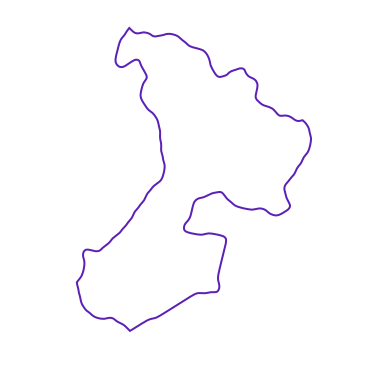 outline of Neyba, Bahoruco, Dominican Republic, rotated 13°
{"feature_id": "3306468B5748672743725", "entity_name": "Neyba", "entity_type": "district", "adm_level": 2, "iso_a3": "DOM", "parent_name": "Dominican Republic", "parent_adm1": "Bahoruco", "projection": "orthographic", "projection_center": [-71.416, 18.522], "detail": "fine", "context": "isolated", "style": "outline", "palette": "violet", "viewbox_px": 384, "rotation_deg": 13, "n_neighbors": 0, "source": "geoboundaries", "source_scale": "gbopen_adm2", "svg_char_len": 4667}
<svg xmlns="http://www.w3.org/2000/svg" viewBox="0 0 384 384"><g transform="rotate(13 192 192)"><path d="M283.6,97.2L280.9,98.5L279.2,99.0L278.3,99.0L276.6,98.8L275.0,98.2L271.9,96.9L269.2,96.3L267.4,96.3L265.6,96.5L261.8,97.7L260.4,97.9L259.5,97.7L258.0,97.0L253.5,93.7L251.8,92.8L250.9,92.5L248.1,91.9L242.4,91.4L240.5,90.9L239.7,90.6L238.1,89.8L234.6,87.7L233.4,86.5L232.9,85.7L232.6,84.9L232.3,83.0L232.2,75.9L231.9,73.9L231.7,72.9L231.4,72.0L230.4,70.5L229.2,69.2L228.4,68.7L226.8,67.9L222.4,66.9L220.7,66.3L220.0,65.8L218.1,64.3L215.8,61.3L215.2,60.8L214.5,60.5L213.7,60.3L212.1,60.4L210.6,60.9L203.2,65.4L201.4,67.2L199.7,69.8L198.5,70.9L195.1,72.9L193.7,73.5L193.0,73.7L192.1,73.7L191.3,73.6L189.7,72.9L188.3,71.8L186.2,69.8L184.2,67.6L182.3,65.3L181.3,63.7L179.3,59.4L177.7,57.0L176.4,55.4L175.0,54.0L173.4,52.8L172.6,52.3L170.8,51.5L168.9,51.2L166.9,51.0L160.1,50.8L157.2,50.4L155.5,49.8L151.6,47.6L148.3,46.1L144.4,44.0L143.6,43.6L141.8,43.1L139.9,42.8L136.9,42.7L135.0,42.9L133.1,43.3L131.4,43.9L128.3,45.7L126.7,46.4L121.3,48.7L119.8,48.9L118.4,48.7L116.2,47.8L114.6,47.3L112.8,47.1L110.9,47.1L109.1,47.3L108.2,47.6L105.2,49.0L103.6,49.6L102.7,49.8L100.9,49.8L100.0,49.6L98.4,48.9L94.0,46.3L92.4,49.8L90.9,54.2L88.9,58.1L88.3,59.9L88.1,60.9L87.8,63.0L87.6,66.2L87.4,76.1L87.5,78.2L87.7,80.3L88.3,82.3L88.7,83.1L89.8,84.5L91.2,85.5L92.0,85.9L92.9,86.2L93.7,86.3L95.1,86.2L95.7,86.0L97.3,85.2L98.7,84.0L104.3,78.1L106.3,76.4L107.8,75.6L108.4,75.5L109.8,75.5L111.0,76.0L111.5,76.5L113.3,79.2L114.3,80.6L119.8,86.7L120.9,88.0L121.8,89.4L122.2,91.0L121.9,92.5L120.5,96.1L120.1,97.8L119.8,100.6L119.7,104.3L119.8,107.1L120.0,108.9L120.6,110.7L121.4,112.3L123.1,114.5L125.1,116.5L127.8,119.1L129.9,120.9L131.4,121.9L135.6,123.8L137.8,125.3L140.6,127.9L141.8,129.3L142.8,130.7L147.1,139.6L147.6,141.4L148.6,146.0L149.2,147.7L151.0,151.7L151.5,153.5L152.3,157.2L152.8,159.0L155.3,163.7L156.7,167.1L158.4,170.2L159.2,171.8L159.9,174.6L160.2,178.5L160.0,183.4L159.7,185.4L159.1,187.2L158.7,188.1L157.6,189.7L154.4,193.5L153.2,195.1L152.3,196.7L151.2,199.2L149.1,203.1L148.5,204.8L147.5,209.4L147.0,211.2L144.6,215.9L143.2,219.3L140.8,223.9L140.3,225.7L139.5,229.4L139.0,231.2L136.6,235.9L135.2,239.3L132.6,243.9L131.5,246.4L130.6,248.1L125.1,255.1L123.1,259.3L122.0,261.0L117.7,266.3L115.8,269.2L114.6,270.3L113.1,271.0L111.4,271.4L105.0,271.4L103.3,271.6L101.7,272.1L101.0,272.7L100.5,273.4L100.1,274.1L99.9,275.0L99.8,275.8L99.9,277.6L100.4,279.3L102.4,283.1L103.0,284.8L103.6,287.6L103.9,292.6L103.7,295.6L103.3,298.4L102.7,300.2L100.1,305.9L101.0,308.2L103.0,312.0L104.4,315.4L106.5,319.3L108.0,322.6L108.9,324.3L110.0,326.0L112.1,328.2L114.3,330.2L116.0,331.3L119.4,332.8L122.5,334.5L124.1,335.2L126.0,335.7L127.9,335.9L130.8,336.0L133.7,335.6L135.5,335.1L138.5,333.7L140.1,333.1L141.9,332.8L143.7,333.0L145.2,333.6L147.5,334.7L149.2,335.3L153.8,336.4L155.6,337.0L157.2,337.8L162.8,341.3L173.4,330.8L177.1,327.3L178.7,326.1L180.4,325.0L184.6,323.0L186.2,321.8L188.5,319.8L192.9,315.5L214.2,294.1L216.5,292.0L218.0,290.7L219.7,289.6L221.5,288.9L227.0,287.8L228.7,287.2L232.7,285.5L237.6,284.2L238.3,283.9L239.0,283.3L239.5,282.6L239.8,281.8L240.1,280.2L240.1,279.3L239.8,277.5L239.2,275.9L237.3,272.0L236.7,270.1L236.3,267.1L236.2,264.0L236.2,258.7L236.5,234.6L236.2,231.8L235.6,230.1L235.0,229.4L234.3,228.8L232.6,228.1L230.7,227.9L226.7,227.8L221.5,228.0L218.5,228.4L217.5,228.6L215.7,229.3L211.8,231.2L209.8,231.7L206.8,232.1L200.5,232.4L196.6,232.2L194.8,231.8L194.0,231.4L193.2,230.8L192.7,230.1L192.4,229.3L192.2,228.5L192.1,227.6L192.2,225.9L192.7,224.1L194.7,220.3L195.3,218.6L195.6,217.6L195.9,215.6L196.0,213.5L196.0,206.2L196.2,203.1L196.5,201.2L196.9,200.3L197.8,198.7L198.4,198.1L199.7,196.9L201.3,196.0L203.7,194.9L205.3,193.9L211.6,189.0L213.2,188.1L217.8,186.1L219.3,185.7L220.1,185.6L221.0,185.8L221.8,186.1L223.3,187.1L226.9,190.1L228.5,191.2L231.8,192.8L234.9,194.5L236.5,195.3L238.5,195.8L240.5,196.1L245.7,196.3L251.0,196.1L254.0,195.8L255.9,195.2L260.6,193.1L262.5,192.6L264.3,192.5L266.2,192.7L268.0,193.2L271.8,195.1L273.5,195.7L276.3,196.1L278.2,196.1L279.2,195.9L280.1,195.6L281.9,194.7L283.4,193.6L284.9,192.3L288.3,188.9L289.5,187.5L290.3,186.0L290.6,185.2L290.7,184.3L290.6,183.4L290.3,182.6L289.3,181.1L285.7,176.8L284.7,175.1L281.5,168.9L281.1,167.1L281.1,165.3L281.3,164.4L281.9,162.8L283.5,159.8L285.0,156.5L287.5,151.8L288.0,150.0L289.0,145.4L289.6,143.7L291.5,139.8L292.0,138.0L292.8,134.3L293.3,132.5L295.6,127.8L296.1,126.0L296.5,123.1L296.6,119.1L296.4,116.2L296.0,113.3L295.3,111.5L293.3,107.6L292.2,105.1L291.2,103.4L290.0,101.9L287.8,99.8L286.1,98.6L283.6,97.2Z" fill="none" stroke="#5b21b6" stroke-width="2"/></g></svg>